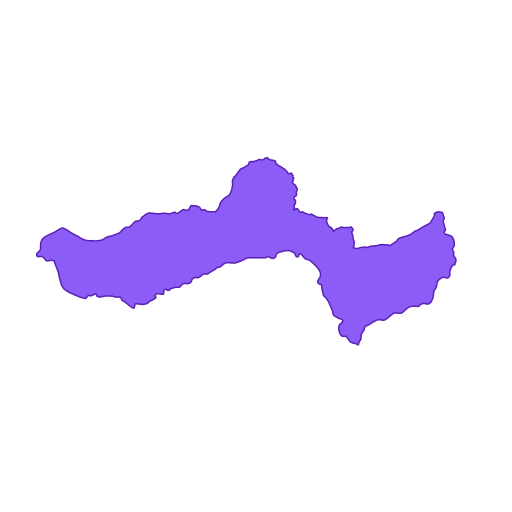 Nimaima, Cundinamarca, Colombia (orthographic projection), rotated 233°
{"feature_id": "7082276B59131277031860", "entity_name": "Nimaima", "entity_type": "district", "adm_level": 2, "iso_a3": "COL", "parent_name": "Colombia", "parent_adm1": "Cundinamarca", "projection": "orthographic", "projection_center": [-74.388, 5.135], "detail": "fine", "context": "isolated", "style": "filled", "palette": "violet", "viewbox_px": 512, "rotation_deg": 233, "n_neighbors": 0, "source": "geoboundaries", "source_scale": "gbopen_adm2", "svg_char_len": 6137}
<svg xmlns="http://www.w3.org/2000/svg" viewBox="0 0 512 512"><g transform="rotate(233 256 256)"><path d="M136.0,279.8L131.2,279.5L129.6,280.1L128.3,280.9L126.5,282.6L123.8,284.0L123.5,284.4L124.6,285.6L125.8,287.7L126.1,289.1L127.4,290.6L130.1,292.8L132.0,298.0L133.7,300.0L134.0,301.1L133.2,304.5L132.8,309.8L132.1,314.1L130.3,317.0L128.4,318.5L127.5,320.1L127.2,322.1L127.5,330.5L127.1,332.7L124.3,335.6L123.1,337.3L122.7,338.8L123.3,345.2L123.2,347.1L122.5,349.4L120.7,352.2L117.9,355.4L118.2,358.5L117.6,360.8L116.5,362.1L114.2,364.2L113.7,365.9L113.8,367.7L114.4,369.2L115.8,371.7L118.1,374.3L120.3,376.2L121.0,377.2L122.2,380.4L123.0,381.8L125.8,384.6L126.7,386.4L127.0,388.6L126.9,391.1L126.5,392.6L125.4,393.8L124.0,394.7L123.2,395.7L123.0,396.4L123.2,398.1L123.7,399.0L125.9,400.6L127.2,401.7L128.6,403.6L129.6,405.6L130.1,407.2L130.1,408.8L129.4,409.5L129.7,409.7L131.7,412.7L133.7,413.9L136.5,414.0L137.9,414.3L139.7,416.1L140.5,416.4L143.3,416.7L144.8,420.3L145.6,421.1L148.3,422.9L150.7,423.9L152.7,424.1L153.7,424.1L154.6,423.8L157.9,421.7L159.5,420.3L160.4,420.0L161.1,420.1L161.7,420.4L162.1,421.1L162.6,422.8L163.3,423.3L170.4,426.0L171.6,426.9L172.7,428.9L174.1,429.7L175.7,430.0L177.4,430.8L178.9,430.9L180.8,428.8L181.6,428.4L182.6,425.3L182.6,424.1L180.6,422.5L177.5,414.9L178.8,406.4L179.3,401.0L180.2,397.6L180.1,392.9L181.2,388.7L183.9,381.6L184.1,380.1L183.2,376.6L183.7,369.2L185.7,367.8L190.2,362.3L191.5,358.8L194.8,353.3L196.1,349.8L197.7,348.2L198.5,347.1L200.1,344.0L200.5,342.3L201.2,341.1L203.9,338.7L204.4,339.0L205.5,340.7L208.0,342.8L209.7,343.5L210.9,343.7L213.0,345.1L217.3,346.8L217.9,347.5L218.0,348.7L218.4,349.3L220.4,349.7L221.7,349.5L222.3,349.2L222.5,347.5L224.0,346.0L225.6,343.3L227.6,341.8L227.9,341.2L228.2,339.3L229.0,337.2L229.3,334.2L229.1,332.7L231.0,333.2L232.6,333.2L234.1,332.9L235.5,332.2L236.9,332.1L238.1,332.3L240.5,332.9L241.5,333.4L242.2,334.0L243.1,335.7L243.6,335.9L243.9,335.8L245.9,333.1L250.0,328.2L256.2,325.4L256.5,324.0L257.0,323.3L261.0,320.7L263.3,319.8L264.1,317.6L268.0,317.6L269.2,317.2L269.8,315.9L270.0,313.8L271.1,314.5L271.9,316.1L273.8,317.2L274.0,318.8L276.0,320.6L276.9,321.0L278.0,320.7L278.7,320.7L279.8,321.6L280.2,322.3L279.9,324.1L280.1,324.8L280.6,325.4L282.3,326.3L284.6,329.3L285.3,329.6L289.6,329.9L291.0,329.3L293.0,329.1L293.2,329.3L293.6,330.8L294.6,331.6L295.2,332.8L295.9,333.1L297.0,332.9L297.5,333.2L297.8,333.9L299.1,333.6L300.2,334.4L301.0,333.8L302.4,331.3L304.0,331.5L308.1,331.2L309.3,330.4L311.1,330.1L314.5,328.5L317.7,327.7L318.2,327.7L319.3,328.3L320.6,328.5L322.3,327.1L324.6,324.9L326.2,324.3L327.6,324.3L328.6,322.2L328.5,320.4L328.8,319.3L329.7,317.9L331.1,317.0L331.6,314.3L332.2,312.7L332.8,311.1L334.3,309.0L335.0,307.5L334.9,306.8L333.8,305.6L333.4,304.5L333.7,303.1L333.8,299.8L334.6,296.9L334.7,295.5L332.3,287.8L332.3,286.1L331.3,283.9L329.9,282.1L327.4,280.5L325.1,278.3L323.4,276.2L321.0,272.3L320.8,270.8L321.1,265.2L320.6,261.7L319.9,259.5L317.6,256.5L316.9,255.1L316.1,252.5L315.8,249.9L317.8,247.6L318.7,246.1L319.7,245.4L320.2,244.5L320.9,243.9L321.6,243.5L323.8,242.9L325.1,240.6L325.8,240.1L328.6,240.2L330.3,239.6L332.7,237.8L333.2,237.3L333.6,236.2L334.9,235.2L335.2,234.4L335.2,233.8L334.0,231.4L333.7,230.2L333.7,229.2L333.9,228.5L335.5,226.9L336.7,226.1L336.9,225.6L337.2,221.2L337.1,219.8L337.2,219.3L338.3,217.6L339.1,217.5L339.8,217.7L340.7,215.5L341.2,213.4L342.0,211.7L343.4,210.6L345.4,208.4L346.9,206.2L347.5,204.7L350.1,201.4L351.8,200.0L352.6,198.6L354.7,196.8L355.4,194.5L355.7,192.2L355.4,191.9L355.6,188.5L355.3,187.3L354.6,186.1L354.4,184.2L354.7,183.1L355.5,182.3L356.1,181.1L356.2,179.2L355.3,173.2L355.3,172.1L356.8,170.1L357.4,168.9L357.3,165.0L356.7,161.8L356.7,160.1L359.0,152.6L360.2,150.2L361.1,147.6L361.2,143.8L361.7,142.0L364.5,136.9L366.2,135.2L368.4,132.2L370.5,129.9L373.2,128.0L376.4,126.4L378.5,125.8L384.3,122.9L391.4,120.4L394.4,118.7L395.2,117.8L395.6,115.9L396.3,109.2L397.9,102.1L398.3,98.0L397.9,95.1L396.6,92.7L395.3,91.3L391.1,88.0L390.3,86.4L390.0,82.8L389.4,82.0L388.2,81.1L387.4,81.1L387.0,81.3L385.6,83.0L384.7,84.7L384.1,85.1L381.5,85.5L378.8,85.6L377.5,86.5L375.6,90.4L373.4,91.8L372.3,91.6L371.2,91.0L362.1,88.4L356.5,85.7L349.3,83.0L345.3,82.8L340.1,84.5L333.3,88.2L330.6,89.9L329.6,90.3L324.5,94.4L325.3,97.6L325.2,98.6L324.7,99.4L324.0,99.6L323.5,100.2L322.8,102.7L322.6,104.6L321.5,105.4L319.6,104.8L318.6,105.6L317.5,106.1L316.9,106.9L315.0,111.0L313.3,113.6L310.5,117.0L307.9,118.9L305.1,122.5L304.0,123.0L301.5,122.3L300.8,122.5L298.0,123.7L294.2,124.6L289.6,125.9L288.0,126.9L287.8,127.6L290.2,130.2L290.3,131.2L285.5,136.4L284.5,138.1L283.5,140.9L283.9,144.6L283.4,145.4L283.0,148.1L282.9,150.7L283.1,151.1L283.6,151.3L285.1,151.4L285.5,151.7L285.6,153.9L284.0,156.2L283.0,156.8L281.8,158.2L281.4,158.7L281.3,159.2L281.6,159.7L283.3,160.9L283.8,161.6L284.1,162.1L284.1,163.2L283.6,164.1L281.5,164.9L281.2,165.4L280.8,166.7L281.2,167.9L280.7,169.7L279.5,172.8L277.0,176.3L277.7,179.3L277.5,181.3L277.1,182.5L275.1,184.5L274.2,186.9L274.2,187.7L274.5,189.0L275.8,190.7L276.0,193.2L275.5,194.7L273.8,196.2L273.5,196.7L273.1,199.2L273.3,202.3L272.6,204.3L270.8,206.3L270.5,211.4L270.0,214.2L270.1,217.3L269.9,218.8L268.9,220.5L269.1,225.3L268.7,227.6L268.0,229.0L263.4,234.4L262.6,235.9L261.1,240.9L259.9,247.4L258.7,249.5L249.8,261.2L248.9,262.5L248.2,265.3L247.8,265.8L245.2,266.8L243.9,267.9L243.4,269.6L243.4,270.7L243.7,271.5L245.0,273.1L245.3,274.1L245.3,276.0L242.7,282.4L240.0,286.2L235.1,288.6L232.0,287.8L231.1,287.9L230.7,288.1L230.1,289.1L230.1,289.6L231.3,291.1L231.5,291.8L231.1,292.5L230.4,293.2L225.4,293.5L223.7,293.8L221.3,295.7L220.2,296.3L217.7,296.9L211.9,297.9L207.1,298.1L204.4,297.5L202.6,296.6L200.9,295.0L198.8,290.2L198.1,289.5L196.6,289.3L194.8,290.1L194.1,291.0L193.5,291.0L190.4,289.0L183.9,286.2L182.7,286.2L180.2,286.8L175.2,286.3L166.4,284.1L162.6,282.4L161.5,282.5L160.0,283.0L155.9,284.8L153.8,286.5L152.9,286.5L151.9,286.3L151.3,285.3L150.9,281.5L150.5,280.5L148.9,278.8L146.9,277.6L144.7,276.7L143.1,276.3L141.3,276.2L139.9,276.6L137.8,279.4L136.0,279.8Z" fill="#8b5cf6" stroke="#5b21b6" stroke-width="1.5"/></g></svg>